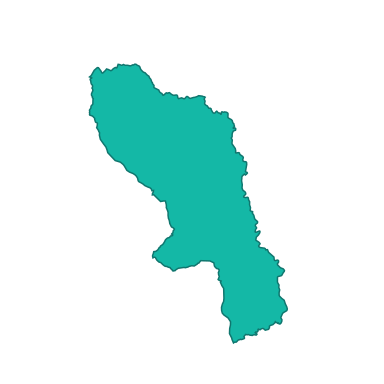 outline of Nátaga, Huila, Colombia, rotated 133°
{"feature_id": "7082276B27593936754080", "entity_name": "Nátaga", "entity_type": "district", "adm_level": 2, "iso_a3": "COL", "parent_name": "Colombia", "parent_adm1": "Huila", "projection": "mercator", "projection_center": [-75.793, 2.578], "detail": "fine", "context": "isolated", "style": "filled", "palette": "teal", "viewbox_px": 384, "rotation_deg": 133, "n_neighbors": 0, "source": "geoboundaries", "source_scale": "gbopen_adm2", "svg_char_len": 6061}
<svg xmlns="http://www.w3.org/2000/svg" viewBox="0 0 384 384"><g transform="rotate(133 192 192)"><path d="M228.5,37.6L226.9,37.5L225.2,38.2L224.0,39.2L223.6,40.8L223.1,41.5L219.2,42.9L217.9,42.9L214.3,41.8L213.4,42.0L212.5,42.6L211.4,44.3L210.1,47.6L208.3,50.8L208.6,53.7L208.5,56.7L208.2,57.7L206.3,59.6L203.8,61.1L202.6,63.5L200.7,64.9L200.0,67.3L199.5,68.2L196.1,71.3L195.6,71.5L195.1,71.4L192.5,69.7L191.8,69.5L189.0,70.2L187.1,70.4L186.4,70.8L186.1,71.7L186.0,72.9L187.1,75.7L187.0,79.5L186.4,80.5L184.2,80.9L183.3,81.8L183.2,82.4L183.6,83.2L185.3,84.2L185.7,85.0L185.3,85.9L183.7,87.7L183.9,94.8L182.7,97.5L184.0,98.6L183.5,99.6L183.6,100.6L186.1,104.2L186.4,105.6L186.3,106.1L185.7,106.6L183.8,106.8L183.3,107.1L183.1,109.0L183.6,111.8L183.5,112.7L181.1,114.2L178.1,114.1L175.7,114.6L174.8,115.1L174.4,115.6L174.6,116.2L177.6,117.6L178.0,118.1L178.1,118.7L176.1,119.9L174.3,120.2L174.0,120.6L173.7,122.4L173.0,123.1L172.0,123.3L170.1,123.0L169.1,123.6L168.9,124.7L169.0,126.7L168.8,128.0L166.9,130.9L166.2,133.7L165.2,134.0L165.0,134.3L165.9,136.1L165.9,136.8L163.5,138.6L162.1,141.2L159.8,143.2L159.2,145.1L157.9,146.9L157.9,147.7L159.7,149.2L160.4,150.4L160.3,150.9L159.9,151.2L159.5,151.3L157.1,151.2L156.2,151.9L155.7,153.4L156.0,155.9L155.0,158.1L152.4,160.2L150.0,163.4L148.1,164.8L146.9,165.9L145.9,166.1L143.6,166.0L143.0,165.7L143.2,164.6L141.9,164.3L140.4,164.4L140.1,165.1L140.6,166.2L140.5,166.9L134.6,170.7L133.2,172.2L133.1,173.2L134.3,174.8L134.5,175.7L133.8,176.9L131.9,177.9L131.6,178.4L131.4,179.2L131.9,182.6L131.1,184.0L131.6,185.0L133.3,186.3L133.5,186.8L133.1,187.4L132.3,187.8L130.7,190.0L129.5,195.5L128.9,196.2L126.7,197.8L126.3,198.4L125.8,200.1L124.3,200.3L122.4,202.0L121.1,202.8L119.4,203.3L118.4,203.0L117.2,202.3L116.0,203.0L115.8,203.5L115.9,204.3L117.1,205.1L117.1,205.5L114.9,205.8L114.3,207.0L113.6,207.8L113.5,209.5L112.4,211.1L112.2,212.5L113.0,215.5L113.0,216.3L112.9,216.7L110.2,219.0L109.9,219.7L110.1,221.1L111.2,222.8L112.1,223.2L112.9,224.8L113.7,224.8L115.0,223.8L115.5,224.0L115.4,225.6L116.2,226.8L116.0,229.0L116.8,229.2L118.5,229.1L119.3,229.6L119.7,230.5L119.6,231.3L118.8,233.8L118.1,234.9L118.3,235.8L119.3,236.8L118.6,239.6L119.0,240.7L119.1,242.3L118.4,243.4L116.9,244.2L116.2,245.2L115.9,246.3L115.2,246.7L113.7,247.0L113.9,247.9L114.7,249.1L114.9,249.9L117.0,252.8L118.8,253.4L120.8,254.5L121.7,255.3L124.6,257.0L125.1,257.7L125.2,260.2L125.6,260.9L126.5,261.1L128.4,261.0L129.0,261.2L129.4,261.7L130.2,263.8L132.9,265.5L132.7,266.7L131.6,268.1L131.4,269.0L131.8,269.7L133.5,271.1L134.2,272.1L134.6,274.0L134.7,276.2L135.3,276.7L136.4,277.2L136.8,278.2L137.2,278.5L140.4,278.8L141.0,279.1L140.5,281.3L140.9,282.7L140.9,283.9L140.1,285.9L141.6,290.9L141.2,291.5L140.1,292.3L139.9,292.8L139.7,294.7L139.0,295.6L139.0,296.4L137.7,298.9L137.5,300.8L136.7,302.5L137.0,304.4L136.8,307.7L137.5,309.2L137.5,310.8L137.3,313.1L136.0,315.7L135.9,316.4L136.6,318.4L136.8,320.1L137.5,321.0L139.0,321.4L139.5,322.1L141.1,322.7L141.9,323.2L143.2,325.5L145.0,327.4L145.5,329.1L147.0,329.6L147.5,330.1L148.1,331.7L149.0,333.1L152.3,331.7L152.8,331.9L153.2,333.0L155.6,333.7L156.6,333.6L158.1,333.8L158.7,334.2L159.5,336.8L160.3,338.4L162.1,338.2L165.8,338.4L166.2,338.8L166.3,339.3L165.6,341.2L164.9,345.2L165.6,346.1L169.7,346.5L175.6,345.1L177.7,345.4L176.9,343.2L177.3,343.0L178.5,343.5L179.0,343.4L179.5,342.7L179.8,341.7L180.4,341.2L181.6,339.5L181.8,337.9L182.3,337.0L183.1,336.3L184.1,336.1L184.3,335.9L184.4,335.0L185.4,333.7L188.7,332.5L189.3,332.0L190.0,331.1L190.1,329.9L191.0,329.2L191.1,327.8L191.9,327.5L195.3,324.5L198.1,324.4L199.6,323.2L202.1,322.8L202.9,321.7L203.8,321.2L204.3,320.4L205.2,319.8L205.5,319.3L204.3,316.5L204.4,314.6L204.5,313.4L205.2,312.8L206.6,310.4L206.6,309.7L206.2,308.9L206.3,308.0L208.5,306.3L210.0,305.6L210.6,302.9L211.4,301.2L211.7,300.0L213.6,298.5L216.0,294.9L217.2,289.2L217.8,285.6L219.2,282.8L220.7,280.4L221.4,269.6L219.0,264.7L218.8,261.2L219.0,259.7L220.6,254.4L220.1,251.4L218.7,247.7L218.3,245.4L218.3,243.9L218.9,241.4L220.5,239.0L220.7,237.9L220.0,235.4L219.6,233.4L219.5,230.9L218.4,227.5L217.6,225.7L217.5,224.7L217.5,224.1L218.4,222.1L217.1,221.2L218.5,220.2L219.9,220.0L221.2,219.0L220.1,218.2L220.4,208.5L218.1,206.8L216.8,205.5L216.8,205.2L218.7,202.3L219.8,201.1L221.0,200.1L221.9,198.0L222.8,196.2L223.5,195.3L225.4,193.6L227.4,191.2L227.9,189.9L228.9,188.4L230.2,186.8L231.5,183.4L231.4,182.4L231.0,181.5L231.1,179.6L231.4,179.4L233.2,179.3L234.9,178.1L235.9,178.3L236.7,178.2L236.5,176.9L237.1,176.6L237.5,176.7L238.8,177.7L240.6,177.5L242.3,178.5L243.3,178.7L245.0,178.8L247.7,178.0L250.3,177.6L253.0,178.2L254.1,177.8L255.0,178.1L257.1,177.6L258.1,177.6L260.1,178.0L261.7,179.3L263.6,178.2L265.2,177.6L266.0,176.9L266.8,175.6L265.8,175.4L265.3,175.0L264.9,174.2L265.8,171.2L265.8,168.5L264.9,166.7L265.0,163.8L264.8,161.5L264.1,160.1L263.5,159.6L263.3,158.3L262.2,156.4L262.6,155.4L262.4,153.9L262.6,152.8L262.8,152.7L262.7,151.9L261.9,151.6L261.3,150.8L259.6,150.7L257.1,150.0L252.5,146.3L252.0,145.3L249.5,143.7L248.6,143.5L246.1,141.9L244.6,139.9L241.1,139.0L240.3,139.2L239.3,138.5L236.3,138.8L230.2,131.9L228.9,127.7L230.8,125.2L231.1,124.0L231.2,121.9L230.3,120.3L230.5,118.9L231.9,118.1L232.8,117.9L234.3,116.2L235.2,114.4L238.2,113.2L238.1,112.0L237.3,110.0L238.6,109.7L240.1,106.3L240.9,103.1L248.0,96.1L250.5,94.2L253.1,93.4L256.2,91.8L258.4,89.6L259.9,87.3L260.2,84.8L259.5,79.7L260.6,75.3L263.0,73.2L266.2,71.3L270.0,68.0L271.7,63.4L272.6,62.1L274.1,58.7L272.9,58.5L271.5,57.2L268.5,57.2L267.9,56.8L267.5,56.3L266.8,56.3L266.1,55.1L263.8,53.9L263.0,54.0L262.2,55.5L259.5,55.6L258.9,54.3L257.9,53.7L257.2,52.0L255.8,50.1L254.1,49.4L252.9,47.5L251.8,47.4L251.6,47.6L251.8,49.8L250.9,49.9L250.1,48.9L249.1,48.9L248.4,49.0L247.8,49.8L247.2,50.0L246.9,49.8L246.5,48.5L246.2,48.2L244.8,48.0L243.4,47.1L243.2,46.6L243.1,44.2L240.3,42.4L240.2,42.6L238.6,42.7L237.3,43.9L236.0,43.6L233.9,42.4L231.3,42.2L230.1,42.6L230.2,41.5L229.5,40.9L229.7,40.0L228.9,39.6L229.1,38.4L228.5,37.6Z" fill="#14b8a6" stroke="#0f766e" stroke-width="1.5"/></g></svg>